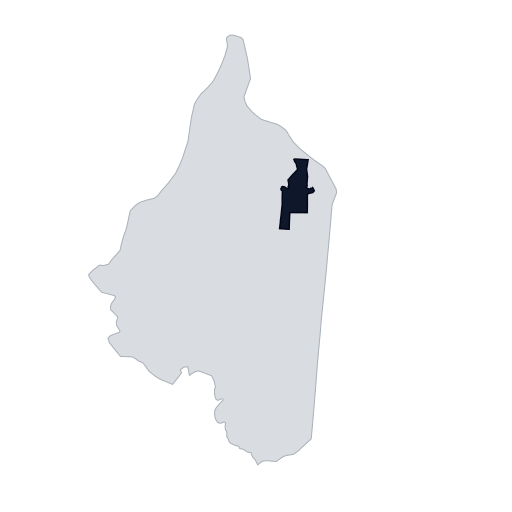 Al Mayadin, Dayr Az Zawr, Syria (highlighted), rotated 306°
{"feature_id": "27442178B96470480022323", "entity_name": "Al Mayadin", "entity_type": "district", "adm_level": 2, "iso_a3": "SYR", "parent_name": "Syria", "parent_adm1": "Dayr Az Zawr", "projection": "albers", "projection_center": [40.466, 34.927], "detail": "fine", "context": "in_parent", "style": "filled", "palette": "ink", "viewbox_px": 512, "rotation_deg": 306, "n_neighbors": 0, "source": "geoboundaries", "source_scale": "gbopen_adm2", "svg_char_len": 4141}
<svg xmlns="http://www.w3.org/2000/svg" viewBox="0 0 512 512"><g transform="rotate(306 256 256)"><path d="M102.5,184.5L106.2,185.1L114.0,190.3L115.3,190.2L118.0,183.9L120.4,181.8L125.4,180.1L127.2,169.9L129.6,168.0L132.4,167.0L136.6,167.0L140.3,166.5L140.7,164.7L136.0,152.6L136.5,149.6L139.5,137.6L141.2,133.0L142.8,131.5L148.6,132.4L156.7,134.8L158.7,138.3L162.6,141.5L168.6,141.5L175.5,142.3L180.9,142.7L185.2,140.6L195.1,136.9L199.9,135.7L204.4,134.0L218.6,127.7L224.2,128.4L228.1,129.3L231.0,130.4L237.5,135.1L242.9,139.7L246.7,141.1L253.7,141.2L263.6,142.2L275.9,142.3L283.1,141.1L292.3,138.9L308.6,133.6L330.0,122.4L342.6,116.9L348.0,116.3L355.0,116.2L362.1,117.6L370.1,118.5L373.8,118.4L382.4,117.2L393.6,114.8L400.7,112.8L409.1,109.6L414.3,104.5L416.0,103.9L418.3,104.8L419.3,105.1L421.5,108.0L423.9,115.4L423.9,116.2L423.5,118.3L418.1,124.6L410.7,133.0L405.3,138.4L396.3,147.3L389.4,149.3L377.9,152.6L374.8,155.8L372.0,160.8L370.4,167.6L369.9,171.9L369.6,179.9L372.4,188.2L375.1,196.1L375.5,201.4L375.3,206.5L372.8,212.1L370.1,219.7L368.6,228.3L367.8,244.4L367.9,258.1L367.7,260.3L362.9,270.0L357.3,281.4L354.7,284.0L342.2,287.4L328.5,295.7L313.2,304.9L299.3,313.2L284.6,322.0L269.3,330.9L258.3,337.3L243.6,345.8L230.2,354.0L216.5,362.1L206.1,368.3L190.2,378.1L180.9,383.8L167.1,392.2L155.0,399.5L140.6,408.1L123.0,404.7L117.5,402.9L113.1,398.4L109.8,395.9L101.6,393.2L96.6,384.8L93.6,381.7L88.1,380.2L90.7,375.0L91.3,371.6L93.9,367.5L92.5,364.7L92.0,358.8L91.1,357.3L90.7,355.7L91.7,353.9L91.4,351.9L90.5,351.1L90.2,348.1L89.5,345.9L90.0,343.3L91.3,341.7L92.8,338.4L94.3,337.5L96.7,335.5L97.4,333.4L99.6,331.4L102.5,329.8L103.2,328.4L102.8,327.6L100.1,325.9L98.7,323.1L100.2,319.2L101.2,318.0L102.9,316.1L106.8,313.4L109.8,313.0L112.3,313.1L116.6,313.5L119.9,314.2L120.8,313.5L120.7,312.5L116.7,309.9L116.6,308.0L117.7,306.0L120.7,302.9L124.3,300.6L126.1,300.3L130.2,295.7L133.0,290.4L129.4,277.2L127.0,275.1L123.0,273.1L120.7,272.7L120.5,271.9L123.8,268.7L126.2,265.9L123.8,263.1L119.4,261.6L117.7,264.4L111.9,264.4L103.1,264.0L99.8,250.1L99.5,244.1L99.9,237.2L103.1,227.3L102.0,222.6L102.1,219.4L101.6,215.1L95.1,205.4L99.6,188.5L102.5,184.5Z" fill="#d9dde1" stroke="#a8b0b8" stroke-width="1"/><path d="M297.1,267.1L301.2,264.3L306.0,261.1L310.4,258.2L310.9,257.8L311.1,258.1L311.6,258.7L313.8,261.7L315.5,264.1L316.8,265.8L318.3,267.9L319.0,268.9L321.0,271.7L321.3,272.0L321.8,271.5L324.2,269.9L325.2,269.2L327.5,267.5L327.8,267.4L329.1,266.4L333.6,263.1L335.6,261.7L336.4,261.2L336.6,261.1L336.7,261.3L338.4,262.6L339.0,263.1L340.2,264.2L340.9,264.7L341.3,264.7L341.9,264.7L342.3,264.8L342.7,264.8L343.0,264.8L343.5,264.0L343.8,263.2L344.3,262.3L344.6,261.9L344.6,261.6L344.2,261.7L343.8,261.7L343.5,261.3L343.3,260.9L343.0,260.5L342.2,260.3L341.7,260.3L341.4,259.7L341.0,258.3L340.9,256.2L341.0,256.2L341.3,256.2L341.7,256.3L342.2,256.3L342.6,256.2L342.9,256.1L343.3,255.7L344.0,255.1L344.2,254.9L350.7,250.9L352.6,249.1L355.1,246.7L356.0,245.9L356.2,245.7L357.7,245.0L362.3,242.7L363.6,242.0L364.2,241.7L364.5,241.6L362.8,239.0L362.1,237.9L360.0,234.6L357.8,231.2L356.6,229.5L356.6,229.4L356.4,229.9L356.2,230.3L356.0,230.6L355.7,231.1L355.4,231.4L355.2,231.8L355.1,232.3L354.8,233.0L354.5,233.6L354.4,233.9L354.3,234.3L354.2,234.5L353.6,235.1L352.9,235.8L352.3,236.6L351.4,237.7L351.0,238.2L350.5,238.8L348.9,238.6L346.2,238.3L343.2,237.8L340.7,237.6L339.2,237.5L338.3,237.4L337.8,237.4L337.0,237.3L336.4,237.2L333.8,239.9L331.1,242.0L331.1,241.9L330.9,241.8L330.7,241.8L330.7,241.7L330.6,241.8L330.4,241.8L330.2,241.9L330.2,242.0L329.9,242.2L329.8,242.3L329.7,242.3L329.4,242.3L329.3,242.2L329.2,242.2L328.9,242.0L328.9,241.9L328.8,241.7L328.7,241.7L328.7,240.6L328.7,238.6L328.6,238.4L328.6,238.2L328.4,238.0L328.4,237.9L328.3,237.7L328.2,237.6L328.2,237.4L328.1,237.2L327.9,237.0L327.9,236.9L327.9,236.7L327.2,236.2L326.3,236.5L324.9,236.7L324.2,237.6L324.2,238.6L324.2,238.9L324.2,239.1L323.2,239.8L321.8,240.7L317.8,243.5L314.8,245.7L313.0,247.0L309.8,248.8L305.0,251.6L303.7,252.4L299.1,254.9L297.4,256.0L293.6,258.1L292.5,258.7L292.0,259.0L297.1,267.1Z" fill="#0f172a" stroke="#020617" stroke-width="1.5"/></g></svg>